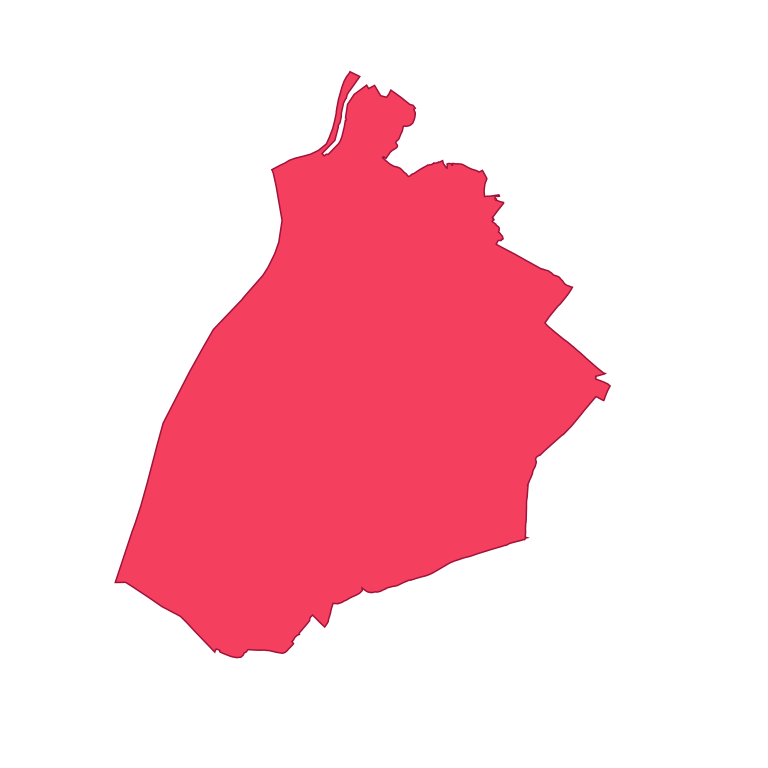 the district of Somova, Tulcea, Romania, rotated 282°
{"feature_id": "2599482B80721058448437", "entity_name": "Somova", "entity_type": "district", "adm_level": 2, "iso_a3": "ROU", "parent_name": "Romania", "parent_adm1": "Tulcea", "projection": "mercator", "projection_center": [28.654, 45.188], "detail": "fine", "context": "isolated", "style": "filled", "palette": "rose", "viewbox_px": 768, "rotation_deg": 282, "n_neighbors": 0, "source": "geoboundaries", "source_scale": "gbopen_adm2", "svg_char_len": 6101}
<svg xmlns="http://www.w3.org/2000/svg" viewBox="0 0 768 768"><g transform="rotate(282 384 384)"><path d="M570.3,229.7L568.3,231.2L566.7,232.1L555.0,237.4L522.8,250.3L500.8,251.6L490.0,250.2L487.8,249.8L474.3,246.4L465.2,243.0L439.2,228.5L438.2,228.0L437.5,227.8L401.9,205.8L378.8,198.4L358.2,192.1L357.1,191.7L299.8,176.1L277.1,174.8L238.4,173.0L214.4,171.5L196.2,169.6L188.0,168.4L134.0,162.4L134.2,163.5L136.3,172.5L132.7,182.0L126.4,198.0L120.1,213.1L114.4,233.2L109.8,240.4L103.3,249.6L86.6,274.2L87.8,274.3L89.9,275.0L89.7,276.6L89.4,278.6L89.1,278.9L88.2,278.9L88.0,279.1L87.7,279.6L87.1,282.3L85.8,290.1L85.6,292.4L85.7,295.7L85.8,297.2L86.4,298.7L86.7,299.9L87.1,300.9L89.5,302.6L90.0,302.8L91.7,303.1L92.2,303.5L92.8,304.5L93.1,304.8L96.0,306.3L96.3,309.0L97.6,317.0L98.9,322.6L99.0,323.6L98.9,324.3L99.2,325.8L99.4,327.7L99.2,334.5L99.5,340.2L99.6,340.7L100.1,341.9L101.1,343.2L102.8,344.6L105.2,345.9L107.9,347.7L111.1,349.5L111.7,349.0L112.9,347.4L114.1,348.3L114.9,348.7L117.6,349.5L120.1,351.2L121.5,353.4L122.7,352.8L132.0,357.9L136.9,360.4L139.9,360.2L143.1,362.1L141.2,365.2L136.9,371.7L134.0,376.5L137.6,378.1L139.9,378.8L141.7,378.8L142.8,378.7L145.1,379.0L149.7,379.3L150.7,379.2L154.0,379.3L158.8,379.8L159.4,384.1L159.7,385.0L160.5,386.2L160.9,387.1L161.3,387.7L162.2,388.9L163.1,389.7L164.8,392.1L166.3,393.8L167.0,394.4L167.8,395.4L169.4,397.4L171.1,399.9L172.1,401.1L174.2,403.6L177.0,405.4L177.5,405.6L179.9,405.0L179.2,406.2L178.7,407.2L178.2,408.7L177.6,410.0L177.3,411.1L177.2,412.0L177.3,414.7L177.5,415.5L177.9,416.7L178.7,418.2L178.8,418.7L179.0,420.0L179.1,420.7L180.2,423.0L180.8,424.0L182.7,426.3L183.9,428.2L184.1,428.1L185.0,429.1L185.3,429.7L188.0,435.0L188.5,436.5L189.1,437.9L189.4,438.5L190.3,439.8L193.9,444.4L197.8,450.1L197.6,450.8L200.8,456.3L202.7,459.9L205.1,464.8L207.1,468.0L209.2,470.8L222.7,485.6L225.6,489.8L228.8,495.4L229.9,497.0L231.0,499.2L233.3,504.0L237.9,511.6L244.4,523.2L250.4,534.3L251.5,536.1L251.5,536.9L254.3,540.2L261.1,553.6L261.0,553.8L261.1,554.0L262.2,554.3L262.6,554.6L263.0,555.0L263.4,555.9L263.6,554.0L268.0,553.4L272.6,552.3L274.2,552.1L276.3,551.7L278.7,551.6L284.0,550.7L286.1,550.3L292.6,549.1L297.8,548.0L301.0,547.6L302.7,547.6L315.9,545.8L315.8,545.7L321.6,546.7L322.0,546.9L326.9,547.8L329.4,547.7L330.9,547.9L334.7,549.0L337.7,549.2L339.5,549.2L341.4,548.1L342.4,547.9L343.4,548.1L344.2,548.3L346.3,550.4L346.7,550.8L346.7,551.3L352.5,555.2L370.6,568.5L372.0,570.0L382.3,576.4L396.7,583.9L399.5,585.2L415.5,593.8L415.7,594.0L415.7,594.3L413.5,602.0L413.5,602.4L414.7,602.7L417.8,603.0L422.1,603.8L423.8,604.1L429.1,605.6L430.2,603.6L430.6,602.9L430.7,602.4L431.5,598.9L432.0,596.2L432.9,590.1L433.1,589.8L434.4,590.0L435.2,589.5L435.5,589.4L435.6,589.5L436.6,591.7L436.8,592.0L439.7,597.6L440.3,598.2L440.4,596.4L441.0,595.3L444.2,588.9L450.8,577.1L451.3,576.1L451.8,575.5L454.3,571.2L455.7,568.8L457.2,565.8L459.6,561.7L460.3,560.2L462.6,555.9L464.4,552.2L464.4,551.8L470.4,540.1L475.0,531.7L477.3,528.7L481.1,530.4L484.3,531.7L496.3,537.9L499.0,539.8L505.8,543.3L510.4,545.5L514.7,547.2L517.8,548.2L518.0,546.1L518.3,544.3L518.5,542.6L518.7,541.8L519.0,541.2L519.8,539.5L522.0,537.3L523.3,535.1L523.9,534.6L525.0,532.9L525.3,531.9L525.5,530.7L525.6,530.1L525.7,528.4L525.9,527.1L526.9,525.7L527.7,524.1L528.7,521.6L528.9,520.9L529.0,518.1L529.4,515.8L529.4,515.0L529.2,514.1L529.4,514.1L529.7,512.5L534.7,496.2L537.9,485.9L542.7,469.0L544.0,464.7L547.1,465.5L547.8,465.9L548.3,466.4L548.7,468.8L549.9,469.0L550.1,469.8L550.7,470.3L550.9,470.3L551.6,469.8L552.8,469.4L553.3,468.9L554.2,467.7L555.5,466.2L556.4,464.8L556.4,464.4L557.1,464.4L557.8,464.7L559.1,464.6L560.3,464.3L561.0,463.9L561.6,463.2L562.6,460.8L563.5,460.3L563.9,459.3L565.5,456.0L567.2,456.6L567.1,457.3L567.6,457.4L568.0,456.5L568.8,456.6L569.2,455.4L569.6,455.5L572.9,457.2L576.9,459.0L584.5,462.8L585.9,463.4L586.4,463.2L586.5,459.9L587.0,456.3L587.0,455.4L587.7,455.6L588.2,455.6L588.6,455.0L588.3,453.9L588.9,453.8L590.0,453.8L591.0,454.6L591.1,456.2L591.6,457.8L592.4,457.5L592.9,457.0L590.1,449.6L589.4,447.4L589.2,446.0L588.3,443.4L592.7,442.0L594.2,441.7L599.4,441.2L601.5,441.2L605.6,441.9L606.4,441.9L613.4,435.9L611.1,432.9L611.7,431.2L611.9,430.3L612.4,425.2L613.1,421.8L613.6,420.1L614.6,417.0L615.1,415.0L615.1,413.4L614.7,410.3L614.2,408.3L614.1,405.5L613.8,405.4L612.1,405.4L612.0,405.0L613.6,404.6L613.3,403.1L613.3,401.7L612.8,401.0L612.5,400.1L612.3,399.9L610.8,400.5L608.3,400.8L608.4,400.1L610.3,398.1L612.0,396.2L614.7,394.9L612.5,392.0L612.2,391.3L612.4,391.1L612.2,390.8L611.8,390.8L611.5,390.1L611.1,389.4L610.7,388.2L610.4,387.6L610.5,387.5L610.7,386.9L610.5,386.6L609.7,386.3L609.4,385.7L608.7,385.4L608.6,384.7L607.4,382.1L607.3,381.2L606.7,380.9L603.7,377.2L602.7,376.2L601.3,374.6L595.9,369.3L595.2,367.9L592.8,366.0L592.2,365.0L592.4,364.1L594.3,361.9L594.8,360.6L595.6,359.1L596.5,358.0L598.3,355.1L599.0,352.2L599.0,348.6L600.4,343.9L603.4,338.3L605.2,335.5L606.2,336.4L605.1,339.0L612.0,341.9L613.8,343.2L615.0,344.4L617.2,346.7L618.3,347.5L619.4,347.7L619.9,347.6L620.6,347.2L621.7,346.0L622.6,345.3L623.7,345.5L625.0,346.5L626.8,347.6L628.4,347.9L631.5,348.4L635.3,349.3L639.9,349.3L640.4,349.6L640.6,351.4L641.1,353.2L641.8,354.7L642.7,356.0L644.2,357.2L645.5,358.0L647.4,358.3L649.8,358.7L653.7,358.6L656.0,358.1L658.8,356.0L660.2,357.3L662.6,354.6L662.9,350.9L667.7,341.5L672.9,329.6L668.6,328.5L665.0,326.9L665.3,320.8L674.1,312.7L669.8,307.5L672.7,304.9L661.1,294.6L650.0,290.2L636.3,291.0L635.3,292.2L633.9,292.0L633.9,291.4L627.6,291.7L617.0,291.4L612.3,290.6L609.6,289.6L597.0,281.7L596.8,279.8L594.7,278.1L596.5,275.5L612.1,285.3L625.5,285.9L627.6,285.5L630.3,286.6L636.4,286.7L639.9,286.0L650.2,286.0L654.7,287.1L655.6,287.7L659.3,287.8L663.7,289.3L663.9,289.6L679.7,296.4L682.4,285.8L681.3,285.6L676.6,283.4L671.8,282.0L666.3,281.2L652.8,280.3L644.2,280.5L640.2,280.7L639.1,281.0L631.5,281.0L623.3,280.7L613.6,279.2L606.9,277.7L601.9,273.8L598.5,270.9L593.4,264.2L589.9,257.4L586.3,250.0L583.1,244.9L579.5,241.1L575.9,236.4L570.3,229.7Z" fill="#f43f5e" stroke="#9f1239" stroke-width="1.5"/></g></svg>